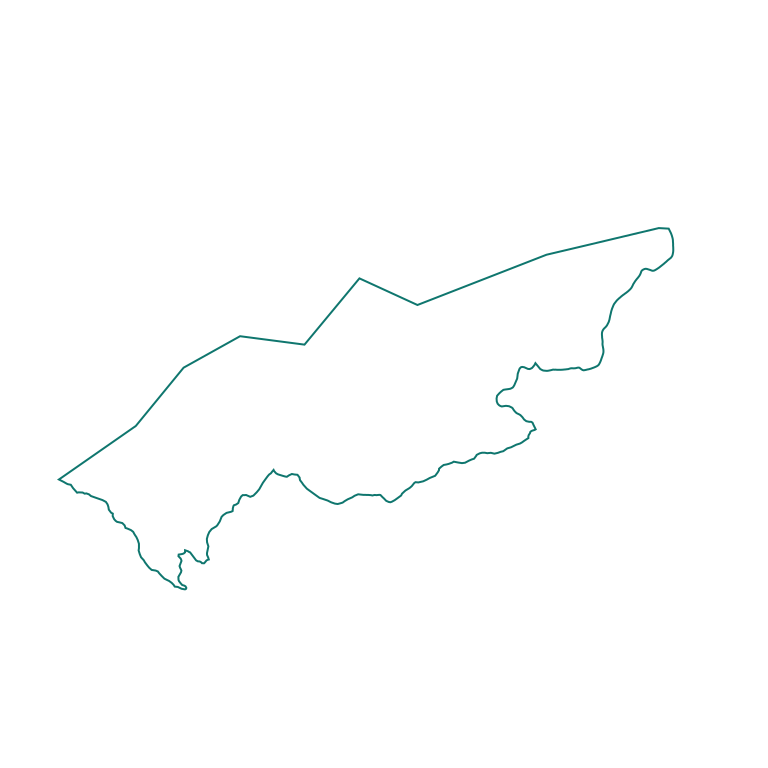 Taklai, Geylegphug, Bhutan (orthographic projection), rotated 146°
{"feature_id": "84629894B24283524280478", "entity_name": "Taklai", "entity_type": "district", "adm_level": 2, "iso_a3": "BTN", "parent_name": "Bhutan", "parent_adm1": "Geylegphug", "projection": "orthographic", "projection_center": [90.652, 26.809], "detail": "fine", "context": "isolated", "style": "outline", "palette": "teal", "viewbox_px": 768, "rotation_deg": 146, "n_neighbors": 0, "source": "geoboundaries", "source_scale": "gbopen_adm2", "svg_char_len": 6028}
<svg xmlns="http://www.w3.org/2000/svg" viewBox="0 0 768 768"><g transform="rotate(146 384 384)"><path d="M283.6,261.6L282.9,266.7L282.5,268.9L283.1,270.3L284.9,271.6L286.8,273.6L287.7,276.2L287.8,279.1L288.3,281.9L288.9,283.2L289.6,284.4L290.4,285.8L290.9,288.3L291.0,290.6L290.9,291.8L291.2,293.0L292.7,295.6L295.1,297.7L297.6,298.9L298.9,299.5L299.6,300.4L300.2,301.4L300.5,302.3L300.8,304.1L300.3,306.4L298.8,309.0L296.8,311.0L293.7,311.8L291.2,312.2L289.7,312.3L288.3,312.4L286.7,311.7L283.7,310.2L281.9,309.4L280.6,309.2L279.1,309.1L277.8,309.6L276.7,310.1L275.3,311.0L272.2,313.0L270.6,314.0L269.0,315.8L267.4,317.7L266.2,318.6L263.9,320.3L262.8,321.0L261.0,321.3L259.9,320.9L258.4,319.5L257.1,317.4L256.3,316.1L255.5,315.4L254.8,314.9L253.7,314.7L252.6,314.5L251.5,314.7L248.8,315.5L246.8,316.6L246.4,312.5L246.1,309.1L245.2,307.3L244.5,306.2L243.6,305.4L242.6,304.6L241.6,303.8L240.5,303.2L239.3,302.7L238.1,302.2L237.0,301.8L235.8,301.4L234.8,300.6L233.7,299.9L232.7,299.1L231.7,298.4L230.6,297.7L229.6,297.0L228.5,296.3L227.4,295.7L226.3,295.1L225.2,294.5L224.0,293.9L222.9,293.3L221.7,293.0L220.5,292.6L219.4,292.0L218.4,291.2L217.3,290.5L216.2,289.9L215.0,289.5L213.8,289.0L212.9,288.2L212.5,287.0L212.1,285.8L211.6,284.6L210.8,283.7L209.7,283.2L208.5,282.7L207.3,282.3L206.2,281.8L205.0,281.4L203.8,281.0L202.5,280.7L201.3,280.4L200.0,280.1L198.8,279.9L197.5,279.7L196.3,279.7L195.1,279.9L193.9,280.5L192.8,281.1L191.7,281.8L190.7,282.5L189.7,283.3L188.6,284.1L187.6,284.8L186.6,285.6L185.6,286.4L184.7,287.2L183.9,288.2L183.2,289.3L182.6,290.4L182.1,291.6L181.6,292.7L181.1,293.9L180.5,295.0L179.7,296.0L179.0,297.0L178.4,298.1L177.8,299.3L177.3,300.4L176.6,301.5L176.0,302.6L175.3,303.7L174.5,304.7L173.6,305.5L172.5,306.2L171.3,306.7L170.1,307.0L168.8,307.2L167.6,307.5L166.4,307.9L165.3,308.5L164.2,309.1L163.1,309.7L162.1,310.5L161.1,311.3L160.2,312.2L159.3,313.1L158.4,314.0L157.5,314.8L156.5,315.7L155.6,316.6L154.7,317.4L153.7,318.2L152.7,319.0L151.6,319.7L150.6,320.4L149.5,321.1L148.4,321.7L147.2,322.1L146.0,322.5L144.8,322.9L143.6,323.2L142.3,323.4L141.1,323.6L139.8,323.7L138.6,323.9L137.3,324.0L136.0,324.1L134.8,324.1L133.5,324.2L132.3,324.2L131.0,324.3L129.7,324.4L128.5,324.6L127.2,324.8L126.0,325.1L124.8,325.5L123.7,326.1L122.6,326.7L121.5,327.4L120.3,327.9L119.2,328.4L118.0,328.9L116.8,329.3L115.6,329.7L114.4,330.0L113.2,330.4L112.0,330.8L110.9,331.3L109.7,332.0L108.7,332.7L107.7,333.5L106.5,333.9L105.2,333.9L103.9,333.7L102.8,333.3L101.8,332.5L101.0,331.5L100.2,330.5L99.4,329.5L98.7,328.4L97.8,327.5L96.7,327.0L95.4,326.8L93.3,326.7L92.0,326.7L90.8,326.7L89.5,326.8L88.3,326.9L87.0,327.0L85.7,327.1L84.5,327.2L83.2,327.4L82.0,327.5L80.7,327.7L79.5,327.9L78.2,328.0L76.9,328.1L75.6,328.2L74.4,328.6L73.3,329.1L72.3,329.9L71.4,330.8L70.5,331.7L69.7,332.7L69.0,333.7L68.3,334.8L67.6,335.9L67.0,337.0L66.3,338.0L65.6,339.1L65.0,340.2L64.3,341.3L63.7,342.4L63.2,343.6L62.8,344.8L62.4,346.0L62.1,347.2L61.8,348.4L61.1,353.6L69.0,359.6L136.8,385.1L177.0,400.3L312.1,430.8L345.3,485.3L427.9,461.1L476.6,504.1L541.0,509.6L613.2,488.0L706.9,486.6L704.4,482.1L702.8,478.8L702.1,477.7L700.0,475.6L700.0,471.4L699.2,465.5L697.7,464.9L694.5,462.5L693.5,460.5L691.9,459.7L690.3,457.5L689.6,455.0L687.1,451.6L682.3,445.2L680.5,441.8L680.5,438.8L681.2,436.3L682.4,433.7L682.2,429.9L681.3,428.2L682.8,426.2L683.3,422.8L683.0,420.6L682.4,419.0L680.2,416.7L678.7,415.0L678.1,411.8L678.8,409.2L677.6,407.7L675.5,404.4L674.6,401.7L674.9,398.7L674.9,395.5L675.4,392.4L676.5,388.6L678.9,385.0L680.5,383.2L681.6,379.6L682.3,376.2L681.7,372.2L681.9,369.9L681.7,365.9L681.4,363.0L680.6,359.8L677.6,357.0L676.3,355.0L676.2,352.7L675.7,349.4L674.9,345.4L673.2,342.4L672.3,340.9L671.2,337.8L670.7,335.0L670.8,333.1L668.4,331.0L666.3,327.4L663.8,325.0L662.6,324.9L661.9,325.5L661.7,327.2L662.3,328.5L663.7,330.2L664.0,332.3L664.2,335.1L663.9,336.5L662.3,339.1L657.6,341.4L656.3,342.6L656.0,344.1L655.8,345.7L655.3,347.4L650.8,350.6L650.3,352.1L650.2,353.1L650.4,354.3L650.7,356.2L649.6,357.4L646.6,356.0L645.0,355.5L643.1,355.7L641.9,357.4L640.0,354.9L639.5,353.7L638.9,352.8L638.5,345.2L638.4,342.9L637.5,341.1L636.0,339.9L635.3,338.5L635.1,337.2L633.4,336.0L632.4,336.2L629.7,337.0L628.3,336.8L627.4,336.5L626.8,338.4L626.3,341.2L625.3,342.8L620.4,347.6L619.2,351.7L617.5,354.6L614.6,357.1L611.6,359.0L608.0,360.1L602.6,359.8L601.2,360.1L597.0,361.9L592.9,364.7L590.4,365.2L586.6,365.2L582.3,363.6L580.6,363.3L579.6,364.4L579.0,365.3L577.1,367.0L576.2,367.4L574.1,366.8L571.4,366.8L568.7,368.9L565.4,370.6L563.3,370.9L561.5,369.7L560.4,369.1L559.2,367.2L558.0,365.3L554.7,364.5L550.1,365.4L546.3,366.5L539.7,369.8L535.1,371.5L532.0,372.6L529.8,373.2L527.7,373.2L525.4,374.0L523.6,374.5L523.8,373.3L523.4,370.3L522.5,368.5L521.4,367.1L519.3,364.5L517.6,362.5L516.4,361.4L513.7,361.4L510.7,360.9L508.9,359.1L506.5,357.1L506.3,353.6L506.8,352.7L507.4,351.1L507.2,348.1L507.2,345.6L506.5,340.4L505.8,338.4L503.1,331.0L501.1,325.6L499.1,323.1L495.9,318.9L494.0,315.5L491.6,312.3L489.5,310.4L486.9,309.5L484.6,308.8L482.1,308.9L478.6,308.7L473.7,307.8L470.9,307.8L467.1,307.0L463.2,303.7L458.9,300.7L456.8,299.0L456.0,298.1L453.9,297.3L452.3,296.0L449.8,294.7L449.0,293.9L448.5,291.0L448.1,289.4L447.5,285.9L446.0,283.5L444.8,282.4L443.3,282.0L440.1,281.7L436.7,281.8L432.1,282.0L430.4,283.0L427.8,283.4L425.8,283.7L421.7,283.5L420.6,283.5L418.1,283.8L414.3,285.0L412.8,285.0L410.6,283.2L408.5,282.4L405.9,281.4L402.1,280.8L398.6,280.5L392.9,279.3L388.9,280.7L386.6,281.8L385.7,283.0L382.5,283.4L379.8,283.5L377.3,282.4L375.1,281.6L371.5,280.7L369.6,280.6L366.5,277.5L363.6,274.8L360.8,273.4L356.2,272.9L353.5,272.4L351.1,271.7L347.7,272.9L346.8,273.4L343.4,273.0L341.2,272.2L338.9,270.7L337.1,268.9L333.9,267.2L331.4,264.5L328.0,263.2L325.4,262.6L322.7,261.6L317.8,261.7L314.1,260.5L308.2,259.7L304.6,258.6L302.1,258.4L300.2,258.5L299.1,258.5L296.7,258.5L294.6,258.4L293.6,259.9L292.6,260.7L290.5,261.6L289.6,262.4L288.1,262.6L286.8,262.3L284.9,261.7L283.6,261.6Z" fill="none" stroke="#0f766e" stroke-width="2"/></g></svg>